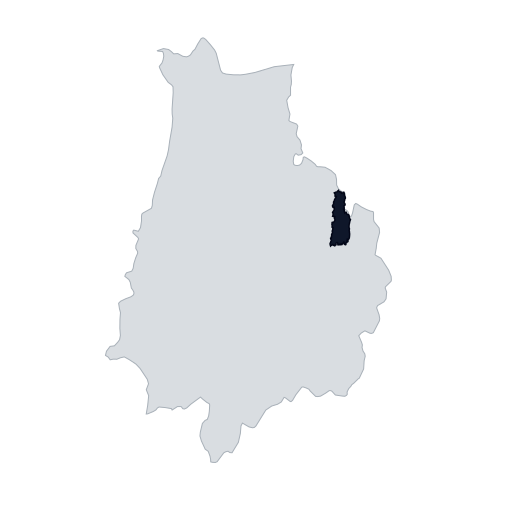 Pastavy, Vitebsk, Belarus (highlighted), rotated 97°
{"feature_id": "67162791B41761210959552", "entity_name": "Pastavy", "entity_type": "district", "adm_level": 2, "iso_a3": "BLR", "parent_name": "Belarus", "parent_adm1": "Vitebsk", "projection": "natural_earth1", "projection_center": [27.066, 55.118], "detail": "fine", "context": "in_parent", "style": "filled", "palette": "ink", "viewbox_px": 512, "rotation_deg": 97, "n_neighbors": 0, "source": "geoboundaries", "source_scale": "gbopen_adm2", "svg_char_len": 8547}
<svg xmlns="http://www.w3.org/2000/svg" viewBox="0 0 512 512"><g transform="rotate(97 256 256)"><path d="M426.2,345.7L417.8,345.3L407.7,345.5L402.1,348.6L395.9,347.1L391.6,348.9L381.7,357.4L377.9,362.0L374.3,369.2L372.2,374.4L373.5,378.1L375.4,381.5L375.8,385.2L376.8,388.1L374.4,390.3L373.0,393.3L368.7,392.8L363.5,389.8L362.4,385.6L358.4,382.7L355.7,381.2L351.4,380.9L344.5,382.3L335.5,383.3L328.7,383.6L325.0,385.1L319.6,386.6L317.4,384.9L314.3,380.1L311.8,375.3L310.0,373.2L308.5,372.6L306.7,372.8L304.6,374.3L303.0,375.8L297.4,377.6L294.9,379.3L292.2,383.7L290.3,383.4L288.4,382.4L286.2,377.5L283.2,376.4L278.5,376.3L272.5,375.2L267.7,373.8L266.0,374.1L263.2,376.2L260.1,376.5L253.3,374.6L252.0,375.5L248.1,380.9L246.3,381.2L245.2,380.5L245.8,375.8L241.9,374.1L235.2,373.9L230.6,374.5L228.3,374.4L227.1,373.4L221.4,365.6L218.4,365.1L213.0,365.5L205.1,364.5L195.9,362.7L190.9,362.1L188.3,360.3L182.6,359.7L167.5,356.4L161.3,355.8L152.2,355.7L138.3,355.0L129.4,355.4L125.3,356.5L120.5,357.2L104.0,358.1L98.1,359.0L96.4,360.7L94.4,364.3L87.5,370.5L80.8,374.7L79.6,375.1L75.8,372.8L72.6,372.1L68.8,371.9L66.1,372.6L64.4,373.6L64.6,378.5L64.2,378.9L61.4,373.1L61.7,367.9L63.4,365.0L65.4,362.3L64.6,358.3L66.7,353.0L66.8,349.2L66.0,347.5L64.4,345.6L60.2,343.5L58.3,341.8L52.5,339.6L46.8,336.9L45.9,335.2L46.2,334.1L47.2,332.3L51.7,327.2L56.6,322.2L59.6,320.2L75.9,313.8L78.4,311.6L79.1,307.8L78.9,300.2L78.1,293.3L76.9,288.5L74.0,279.5L65.9,261.0L61.3,241.9L64.5,243.0L72.1,243.4L78.2,242.1L81.4,241.9L84.2,242.3L92.2,241.3L94.2,243.0L97.7,244.5L104.8,242.3L111.0,239.6L117.5,239.9L118.4,238.6L120.1,231.8L122.0,230.3L129.7,231.0L132.6,229.8L135.6,226.5L140.2,224.4L144.0,224.4L148.0,222.1L149.9,223.6L150.8,226.4L149.5,228.7L150.1,229.5L152.8,230.6L157.5,230.6L160.5,229.7L161.2,228.4L161.2,226.1L160.5,223.9L158.5,222.1L154.8,221.1L152.2,221.1L151.7,219.9L152.7,217.3L155.0,212.7L157.8,208.4L159.6,206.8L159.9,205.4L159.6,202.8L159.5,198.3L162.1,191.8L165.6,187.0L170.2,185.4L175.8,184.6L179.3,182.3L181.1,179.7L182.7,175.5L184.4,174.7L197.9,175.2L199.9,171.1L201.1,169.9L203.7,168.7L205.5,167.2L204.8,166.1L201.4,165.4L193.3,164.7L191.7,163.4L192.2,161.7L194.4,157.5L196.4,152.0L197.5,147.8L197.6,145.3L198.8,144.6L205.3,143.8L207.5,143.0L213.2,137.2L217.5,136.2L228.6,137.7L233.7,137.6L240.2,138.0L240.7,137.4L243.0,131.7L253.9,122.6L259.7,119.4L263.4,118.7L264.7,118.9L270.7,123.7L272.0,123.9L275.9,121.9L282.7,121.7L285.9,123.4L290.4,129.3L292.7,130.0L299.3,126.7L302.9,125.6L305.3,125.6L317.8,130.2L318.7,131.7L318.8,133.4L317.0,138.8L319.6,142.1L322.6,144.3L329.0,140.6L331.3,139.6L333.9,139.6L337.3,138.2L339.8,136.1L342.2,135.4L346.7,135.9L355.0,135.4L364.7,138.6L365.5,139.6L370.4,143.5L372.1,145.3L373.7,145.9L376.3,147.8L379.8,149.0L382.2,148.6L383.3,149.2L384.4,150.7L384.5,153.2L384.3,160.3L381.0,164.1L380.5,165.4L380.7,166.9L383.5,170.0L387.2,174.8L388.0,177.6L388.1,179.7L383.4,185.8L381.8,187.2L380.8,190.3L380.2,193.3L380.6,194.6L388.8,199.5L394.8,202.1L396.2,203.4L396.3,204.2L393.2,209.5L392.9,210.9L397.8,213.1L400.5,216.5L403.0,222.1L407.7,227.5L424.8,235.4L426.4,236.8L426.9,238.5L426.5,242.1L423.5,249.1L426.5,250.2L434.0,249.9L443.1,250.8L454.2,255.8L454.3,258.0L453.2,260.0L454.0,262.2L455.3,264.0L464.9,269.5L465.9,271.2L466.1,273.9L465.9,275.8L463.3,276.3L460.4,277.2L455.7,279.6L453.9,282.9L446.3,287.6L441.5,289.7L437.7,289.8L428.7,288.8L425.4,286.5L424.1,284.4L420.5,283.5L415.9,283.4L409.5,283.8L408.3,284.4L407.3,287.0L404.6,291.4L402.8,293.9L411.0,302.6L415.2,306.2L416.6,308.4L416.5,310.0L414.6,311.9L415.0,315.6L419.1,320.5L417.8,321.3L417.5,327.3L417.7,333.8L418.8,335.3L421.0,336.6L422.8,338.9L425.9,344.3L426.2,345.7Z" fill="#d9dde1" stroke="#a8b0b8" stroke-width="1"/><path d="M183.8,185.8L184.2,185.8L184.5,185.5L185.0,185.1L185.4,184.9L186.0,184.9L186.8,184.9L187.2,184.7L187.1,184.4L187.0,184.1L187.1,183.9L187.2,183.6L187.6,183.6L188.1,183.7L188.5,183.9L188.9,184.2L189.4,184.4L189.7,184.6L190.4,184.8L190.9,185.0L191.3,185.0L191.6,185.0L192.1,185.2L192.5,185.4L192.9,185.6L193.3,185.6L193.8,185.4L194.3,185.3L194.7,185.4L195.2,185.6L195.8,185.8L196.4,186.0L196.7,186.2L197.0,186.2L197.4,186.0L197.9,185.8L198.3,185.5L198.4,185.2L198.5,185.0L198.1,184.8L197.9,184.5L198.0,184.3L198.3,184.2L198.8,184.1L199.4,184.0L200.2,184.0L200.8,184.1L201.3,184.3L201.9,184.5L202.1,184.7L202.7,185.0L203.2,185.2L203.6,185.3L203.9,185.1L204.0,184.9L204.3,184.7L205.0,184.4L205.4,184.6L205.8,184.5L206.2,184.6L206.7,184.6L207.2,184.8L207.3,184.5L207.2,184.1L207.3,183.5L207.2,183.2L207.1,182.8L207.2,182.6L207.4,182.5L207.7,182.5L208.4,182.7L208.5,182.9L209.0,182.8L209.4,182.6L210.0,182.2L210.5,182.0L211.3,182.1L211.7,182.3L212.0,182.5L212.4,182.7L213.0,183.1L213.4,183.4L213.2,183.9L213.2,184.2L213.3,184.5L213.5,184.6L214.3,184.5L215.1,184.5L215.5,184.5L216.3,184.2L216.5,184.1L216.8,184.0L217.3,184.0L217.8,184.1L218.2,184.0L218.4,183.7L218.3,183.3L218.4,183.1L218.7,182.9L219.1,183.0L219.5,183.1L220.0,183.1L220.4,183.1L220.8,183.1L221.3,183.2L221.7,183.4L222.1,183.4L222.4,183.3L222.6,183.1L223.0,182.9L223.4,183.0L223.9,183.0L224.2,182.9L224.6,183.1L224.8,183.4L225.3,183.6L225.6,183.5L225.9,183.4L226.3,183.4L226.9,183.3L227.2,183.6L227.3,183.6L227.8,183.4L228.2,183.3L228.5,183.3L229.0,183.5L229.0,183.8L228.9,183.9L229.1,184.1L229.5,184.1L229.9,183.9L230.2,183.8L230.4,183.6L230.5,183.5L230.9,183.3L231.1,183.2L231.5,183.0L231.9,183.1L232.0,183.1L232.1,183.3L232.4,183.5L232.7,183.5L233.0,183.5L233.5,183.6L233.8,183.8L234.0,183.9L234.3,183.9L234.6,184.0L234.8,184.0L235.0,184.0L235.3,183.9L235.5,183.8L235.7,183.7L236.0,183.6L236.4,183.5L236.8,183.3L237.0,183.2L236.7,183.0L236.4,182.7L236.2,182.4L235.9,182.2L235.6,182.0L235.3,181.7L235.2,181.5L235.2,181.2L235.4,181.1L235.6,181.0L235.8,180.9L236.0,180.6L236.0,180.4L235.9,180.3L235.7,180.2L235.7,179.9L235.8,179.8L236.0,179.7L236.2,179.4L236.3,179.3L236.3,179.0L236.1,178.9L235.9,178.9L235.7,178.8L235.5,178.7L235.4,178.3L235.3,178.1L235.1,177.9L234.9,177.9L234.7,178.0L234.3,178.2L234.0,178.2L233.9,178.2L233.5,178.0L233.4,177.9L233.2,177.7L232.8,177.4L232.7,177.3L232.7,177.1L232.9,176.8L233.0,176.7L233.2,176.4L233.5,176.4L233.8,176.3L234.2,176.3L234.5,176.2L235.0,176.0L235.0,175.9L234.9,175.8L234.8,175.6L234.7,175.5L234.7,175.3L234.8,175.1L234.8,174.9L234.7,174.8L234.5,174.7L234.2,174.6L234.1,174.4L234.2,174.2L234.3,174.2L234.5,174.1L234.6,173.9L234.6,173.7L234.4,173.6L234.2,173.5L233.8,173.4L233.7,173.3L233.6,173.2L233.7,172.9L233.9,172.8L234.0,172.7L234.2,172.4L234.3,172.3L234.2,172.1L233.9,172.1L233.7,172.2L233.4,172.2L233.1,171.9L233.1,171.5L233.2,171.3L232.9,171.2L232.7,171.1L232.4,171.0L232.2,170.9L231.8,170.7L231.4,170.6L231.4,170.4L231.7,170.3L232.0,170.1L232.4,169.9L232.6,169.9L232.9,169.7L233.1,169.6L233.4,169.5L233.6,169.5L233.7,169.3L233.8,169.1L233.9,168.8L233.9,168.7L233.9,168.4L233.7,168.2L233.4,168.2L233.2,168.3L232.8,168.5L232.4,168.4L232.0,168.3L231.9,168.2L231.9,167.9L231.8,167.7L231.5,167.6L231.3,167.6L231.1,167.7L230.7,167.7L230.3,167.6L230.5,167.3L230.7,167.2L230.8,167.1L230.8,166.8L230.6,166.6L230.4,166.5L230.2,166.5L229.9,166.5L229.6,166.7L229.4,166.8L229.0,167.0L228.9,167.2L228.8,167.4L228.5,167.5L228.4,167.5L228.2,167.5L228.2,167.2L228.4,166.8L228.5,166.6L228.5,166.3L228.4,166.2L228.0,166.0L227.8,166.0L227.5,166.0L227.3,166.0L227.2,165.9L227.1,165.7L226.8,165.6L226.4,165.6L226.0,165.6L225.5,165.6L225.0,165.6L224.4,165.6L223.8,165.7L223.4,165.7L222.9,165.7L222.4,165.8L222.0,165.9L221.5,166.0L221.2,166.2L220.9,166.2L220.6,166.2L220.2,166.3L219.6,166.6L219.3,166.6L218.6,166.6L218.4,166.6L218.1,166.6L217.6,166.6L217.2,166.7L216.8,166.9L216.5,167.1L216.2,167.2L215.8,167.2L215.4,167.3L215.0,167.3L214.6,167.3L214.2,167.4L213.7,167.4L213.4,167.4L212.9,167.3L211.9,167.2L211.2,167.2L210.8,167.1L210.2,167.1L209.6,167.0L209.0,166.8L208.2,166.7L207.9,167.2L207.5,167.6L205.8,168.2L204.5,168.6L203.6,169.3L203.6,170.1L203.4,170.9L202.8,171.2L202.1,171.6L201.5,172.0L201.7,172.5L202.5,173.2L201.5,173.6L200.8,173.9L199.7,173.9L198.9,174.7L198.7,174.2L197.5,174.3L196.1,174.7L195.3,174.7L195.0,174.1L194.3,173.8L193.1,174.2L192.6,174.7L191.8,175.4L191.2,175.1L190.2,174.8L189.0,175.0L188.3,174.5L187.5,174.3L186.8,174.6L186.1,174.9L185.6,175.4L184.4,175.9L183.7,175.9L182.9,176.1L182.0,176.6L182.2,177.2L182.9,177.7L183.4,178.3L183.3,178.8L182.7,179.0L182.0,179.6L182.2,180.2L182.1,180.8L181.5,181.7L180.8,182.1L181.3,182.5L181.5,182.8L181.9,183.1L182.4,183.3L182.7,183.7L182.8,184.0L182.9,184.6L183.3,185.1L183.4,185.4L183.7,185.9L183.8,185.8Z" fill="#0f172a" stroke="#020617" stroke-width="1.5"/></g></svg>